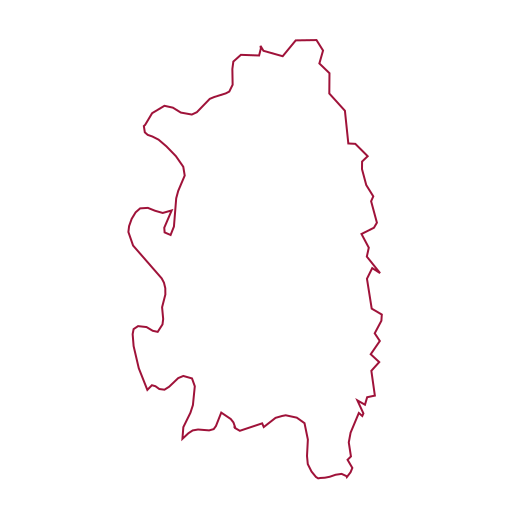 Antwerp, Robinson projection, rotated 273°
{"feature_id": "BEL-3480", "entity_name": "Antwerp", "entity_type": "Province", "adm_level": 1, "iso_a3": "BEL", "parent_name": "Belgium", "parent_adm1": "", "projection": "robinson", "projection_center": [4.639, 51.244], "detail": "fine", "context": "isolated", "style": "outline", "palette": "rose", "viewbox_px": 512, "rotation_deg": 273, "n_neighbors": 0, "source": "natural_earth", "source_scale": "10m", "svg_char_len": 1959}
<svg xmlns="http://www.w3.org/2000/svg" viewBox="0 0 512 512"><g transform="rotate(273 256 256)"><path d="M273.3,127.3L279.2,127.7L286.6,129.9L293.3,133.5L297.5,137.8L298.4,145.5L295.9,152.8L294.1,160.6L297.1,169.4L279.4,162.9L274.8,163.5L272.5,169.6L281.1,172.5L309.5,173.3L316.9,174.9L332.6,180.6L341.3,178.7L351.5,170.8L360.8,160.8L367.1,152.6L369.9,146.3L371.3,141.5L373.7,138.5L379.9,137.2L381.1,138.4L393.2,144.8L401.2,156.7L399.8,165.2L395.3,173.4L393.9,184.5L396.5,189.4L410.5,201.6L412.6,206.0L416.8,217.3L418.8,220.7L425.8,223.7L441.5,222.6L449.0,223.2L456.1,230.4L456.4,248.6L463.5,250.0L466.1,249.5L461.3,252.7L456.9,272.2L473.4,284.4L474.8,305.1L464.7,312.2L451.6,309.2L442.4,319.8L422.1,320.7L405.7,337.2L373.2,342.3L373.2,349.3L361.5,362.3L355.9,357.0L348.3,357.3L332.6,362.4L321.7,370.0L316.7,368.1L295.6,375.0L290.4,372.3L283.5,360.2L270.2,368.2L261.2,366.7L245.4,380.8L250.0,372.7L239.1,368.0L209.5,374.3L204.1,384.7L197.9,384.6L185.0,378.6L177.6,384.1L163.9,375.7L156.5,384.6L147.4,377.2L122.8,382.0L120.8,374.4L113.2,372.6L117.1,364.8L104.4,371.5L101.8,370.5L104.6,366.9L84.5,359.7L74.7,358.4L60.8,361.3L57.3,358.1L49.4,363.3L44.9,361.7L40.0,358.3L40.9,357.9L42.9,352.9L41.7,346.9L39.4,341.2L38.2,336.4L37.7,331.9L37.2,329.7L38.5,327.4L43.7,322.7L50.9,318.6L59.0,317.4L75.4,317.4L91.6,313.2L96.7,305.2L98.5,294.0L97.6,290.4L95.4,284.0L85.6,272.7L89.2,270.9L80.6,249.0L83.2,243.9L84.7,243.0L83.9,244.1L88.6,242.2L91.9,239.3L97.8,229.5L84.1,224.9L80.9,222.8L79.4,218.3L79.7,207.2L78.5,201.9L75.5,197.8L69.6,192.1L77.7,192.3L81.3,192.4L96.0,198.7L103.8,200.8L122.7,201.7L130.4,198.5L132.4,189.7L130.0,184.7L120.9,176.1L117.7,171.6L118.1,166.4L120.7,162.4L121.5,158.8L116.6,154.5L137.8,144.8L159.6,138.5L171.5,136.9L176.6,137.6L179.8,141.9L179.3,150.4L175.9,156.8L175.1,161.8L182.8,166.2L188.2,166.6L199.9,164.9L212.8,167.5L219.1,167.1L224.5,165.5L228.7,163.0L260.0,132.7L273.3,127.3Z" fill="none" stroke="#9f1239" stroke-width="2"/></g></svg>